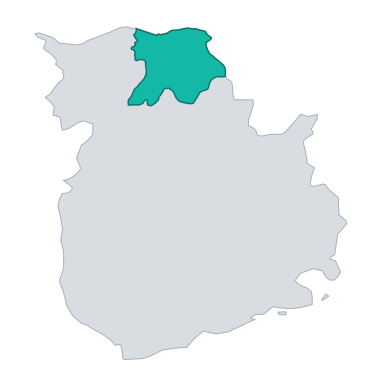 Môndól Kiri highlighted on a map of Cambodia, rotated 269°
{"feature_id": "KHM-1794", "entity_name": "Môndól Kiri", "entity_type": "Province", "adm_level": 1, "iso_a3": "KHM", "parent_name": "Cambodia", "parent_adm1": "", "projection": "robinson", "projection_center": [106.924, 12.744], "detail": "fine", "context": "in_parent", "style": "filled", "palette": "teal", "viewbox_px": 384, "rotation_deg": 269, "n_neighbors": 0, "source": "natural_earth", "source_scale": "10m", "svg_char_len": 6026}
<svg xmlns="http://www.w3.org/2000/svg" viewBox="0 0 384 384"><g transform="rotate(269 192 192)"><path d="M352.8,37.8L353.8,41.7L351.2,49.2L348.4,56.0L343.1,61.9L342.8,66.3L341.0,79.3L341.7,83.5L343.0,87.0L344.7,88.9L349.3,101.7L353.4,113.3L357.6,122.8L358.3,128.8L354.5,144.1L350.1,158.1L350.5,165.1L352.4,172.1L354.4,181.4L355.2,193.3L354.1,201.1L352.1,205.9L348.3,210.9L345.0,213.4L341.0,209.2L337.8,209.0L333.6,210.3L330.2,212.2L323.4,219.5L315.8,226.5L305.4,228.3L301.3,233.6L296.9,234.3L288.7,234.6L283.3,235.8L283.5,238.4L283.1,250.9L283.2,253.8L282.3,254.6L278.6,254.9L272.2,253.0L263.6,250.0L257.5,249.5L254.4,254.9L252.5,257.0L250.2,257.4L247.8,258.3L247.0,260.7L246.8,263.8L247.9,268.9L248.4,277.2L248.1,282.8L250.3,286.3L263.4,298.3L267.3,301.3L267.7,303.0L265.4,309.5L267.4,318.7L263.3,318.5L256.5,314.6L253.2,312.2L249.2,314.1L247.8,313.7L245.2,309.2L241.7,304.6L238.0,304.4L230.4,306.2L222.6,307.4L219.6,307.4L218.4,308.2L213.9,315.1L211.9,313.9L204.1,311.3L196.9,310.3L195.4,312.1L196.3,317.6L197.8,323.1L196.9,325.4L193.0,328.2L187.7,333.4L184.5,337.4L182.3,338.4L174.4,338.2L166.4,338.7L163.3,342.5L160.3,345.4L157.7,346.2L147.4,336.9L126.9,333.6L124.6,329.5L122.7,328.7L120.8,334.1L109.5,339.2L104.8,336.1L101.3,332.3L101.8,327.7L105.1,324.0L110.7,321.3L113.3,311.8L109.1,299.7L105.4,296.2L101.5,293.4L97.3,297.9L93.8,305.6L90.1,309.6L85.0,310.4L77.4,310.1L74.6,298.6L73.6,288.8L74.7,277.5L75.9,270.8L68.6,261.6L68.3,252.9L64.8,248.4L63.8,250.6L63.8,253.2L62.9,251.3L51.5,225.6L49.7,213.7L51.7,204.6L52.8,201.5L49.5,196.6L44.9,191.2L36.8,184.0L36.2,172.6L34.5,159.2L32.0,154.7L28.3,146.4L26.3,139.6L25.7,121.5L26.8,120.0L32.6,119.5L40.0,118.2L41.2,115.3L39.9,112.9L44.7,108.8L51.5,99.8L56.9,90.4L60.7,84.5L63.0,78.6L70.7,70.3L81.3,64.5L88.4,63.2L95.9,61.2L103.1,58.4L106.5,58.2L115.4,61.5L120.2,62.4L125.2,62.4L130.5,62.7L135.0,62.4L145.9,60.0L157.5,61.9L167.8,60.4L180.6,57.7L186.8,59.4L192.6,62.1L193.3,67.6L194.7,70.1L196.6,72.1L199.1,72.1L202.4,68.2L205.1,64.3L206.0,63.6L206.1,65.5L207.5,69.8L209.9,74.0L212.3,76.8L216.4,80.6L219.1,80.7L227.9,77.2L240.9,82.3L242.5,84.9L246.7,90.1L251.3,93.8L261.5,94.1L265.1,84.9L263.4,79.3L257.6,69.5L256.0,63.8L257.9,62.8L267.7,61.7L269.3,60.5L271.5,54.2L274.2,54.9L279.6,55.8L285.4,51.4L288.9,46.9L290.7,49.0L292.8,52.1L295.0,54.0L299.2,56.7L303.7,60.6L306.6,64.4L308.9,65.8L314.7,64.8L316.3,64.9L319.7,60.3L322.1,57.8L324.1,58.6L327.1,58.5L333.2,52.7L336.7,47.3L338.6,45.9L344.1,48.5L346.3,48.0L349.4,40.7L352.8,37.8ZM70.7,283.5L69.6,284.1L68.6,284.1L67.5,283.1L67.6,278.9L68.4,276.4L70.3,275.9L70.7,283.5ZM87.8,324.1L85.5,326.9L81.8,321.2L81.9,319.6L87.8,324.1Z" fill="#d9dde1" stroke="#a8b0b8" stroke-width="1"/><path d="M354.2,180.6L355.8,188.5L355.9,190.9L355.7,193.0L355.3,194.0L355.0,194.7L354.8,195.5L355.3,196.4L355.3,196.5L355.3,198.1L353.4,204.0L353.1,205.8L352.6,207.4L351.7,208.7L350.0,209.4L348.5,210.6L346.4,213.8L345.0,213.9L343.8,212.7L341.9,209.5L340.4,208.4L337.6,208.7L334.6,209.8L333.5,210.1L329.8,212.2L327.9,214.4L327.5,215.4L326.8,216.2L325.1,217.5L323.1,220.3L318.8,225.1L317.3,226.3L314.9,227.3L312.6,227.6L307.8,227.2L307.0,227.3L307.0,227.2L306.9,226.8L306.6,223.6L306.9,218.9L306.8,218.2L305.9,216.6L305.6,215.9L305.2,215.0L304.7,214.5L304.2,214.1L303.6,213.3L303.4,213.0L303.1,212.9L302.5,212.5L301.8,212.0L301.0,211.6L298.3,210.8L296.8,210.5L295.8,210.1L294.8,209.5L294.5,209.2L294.3,208.9L294.0,208.2L293.2,205.1L292.5,203.3L292.2,202.8L292.0,202.5L290.5,200.9L290.3,200.8L290.1,200.7L289.2,200.4L288.8,200.2L288.5,200.0L288.0,199.6L286.7,198.7L285.9,198.3L282.9,196.2L281.1,195.2L280.8,195.0L280.6,194.6L280.5,194.4L280.5,194.1L280.5,192.5L280.3,191.4L280.6,189.6L282.2,182.7L283.6,180.1L284.6,179.1L287.1,177.4L288.6,176.9L289.8,176.2L291.1,175.8L292.9,174.9L293.2,174.5L293.7,174.0L294.5,172.7L294.9,172.1L295.2,171.8L295.6,171.7L295.8,171.5L296.0,171.4L296.1,171.2L296.2,170.3L295.9,167.7L295.9,166.8L295.8,166.3L295.6,166.0L295.4,165.8L294.9,165.5L292.6,164.4L288.9,161.9L288.1,160.9L287.9,160.7L287.7,160.6L287.2,160.5L286.9,160.4L285.8,160.4L285.6,160.4L285.4,160.3L284.8,160.0L284.2,159.6L283.8,159.1L283.3,158.4L283.2,158.1L282.2,157.6L282.0,157.4L281.9,157.3L281.7,157.1L279.8,154.1L279.5,153.7L279.3,153.4L279.2,153.0L279.1,151.1L279.2,150.8L279.3,150.4L279.5,150.0L280.0,149.3L280.4,149.0L280.7,148.8L284.3,148.9L284.5,148.9L284.9,148.6L284.9,148.3L284.9,147.9L284.9,147.6L284.8,147.3L284.7,147.1L284.6,146.9L284.2,146.4L283.6,145.8L281.7,144.6L281.1,143.7L280.2,141.0L279.9,139.5L279.9,139.2L280.2,137.8L280.0,129.9L283.6,129.8L284.9,130.0L288.8,133.1L289.9,133.7L290.7,134.0L291.5,134.2L295.6,136.2L298.7,139.6L299.1,139.9L301.5,141.7L303.7,144.2L306.8,146.5L310.8,148.2L311.9,148.4L314.5,148.4L315.5,148.5L317.4,148.0L318.1,148.1L318.4,148.1L318.8,148.1L320.4,147.7L321.3,147.7L321.6,147.8L321.9,148.1L322.0,148.2L322.3,148.3L322.6,148.2L323.0,147.9L324.4,146.7L324.7,146.4L324.8,146.2L324.9,145.9L325.0,144.6L325.1,144.2L325.3,143.8L325.4,143.6L325.5,143.3L325.5,143.0L325.5,142.8L325.5,142.4L325.4,142.3L325.2,141.3L325.1,141.0L324.9,140.6L324.6,140.2L324.4,139.8L324.3,139.3L324.3,139.1L324.4,138.8L324.4,138.6L324.5,138.4L325.4,137.4L325.5,137.3L326.5,137.4L327.0,137.9L329.2,137.0L332.9,137.6L334.8,136.5L335.3,135.4L335.6,134.3L336.2,133.7L337.3,134.0L338.0,134.7L338.8,137.0L339.5,137.9L340.2,137.6L340.8,137.4L342.3,137.5L342.6,137.8L343.2,139.1L343.6,139.4L343.5,139.8L344.1,140.3L345.3,139.6L345.6,139.4L346.0,139.0L346.4,138.5L346.6,138.2L346.8,138.1L347.0,138.0L347.8,137.8L348.2,137.5L348.9,137.3L349.2,137.1L349.4,136.9L349.5,136.6L349.9,136.5L350.3,136.7L350.9,137.4L351.4,137.7L351.6,137.9L351.9,138.3L352.1,138.4L352.3,138.5L352.9,138.7L353.2,138.8L353.5,138.9L355.3,139.2L355.8,139.3L356.4,139.2L355.5,141.4L349.2,158.7L349.3,159.7L350.3,160.5L350.5,161.1L350.5,161.5L350.3,161.9L350.0,162.2L349.7,162.9L349.5,163.7L349.7,164.5L350.4,166.3L350.6,168.5L350.9,169.6L351.3,170.4L353.1,172.7L353.9,174.7L354.1,176.5L354.1,178.5L354.2,180.6Z" fill="#14b8a6" stroke="#0f766e" stroke-width="1.5"/></g></svg>